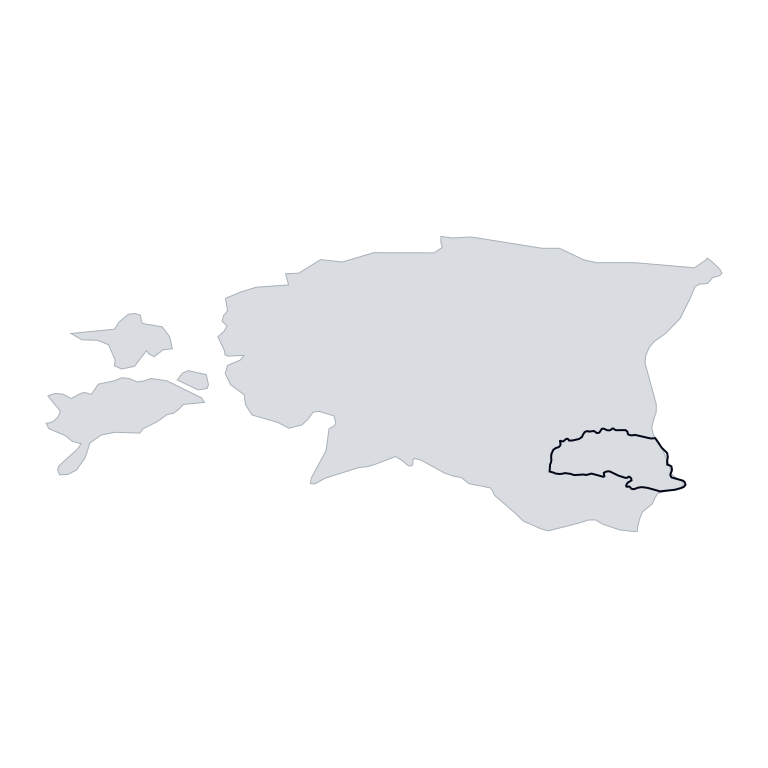 Põlva on a map of Estonia (Robinson projection)
{"feature_id": "EST-2347", "entity_name": "Põlva", "entity_type": "County", "adm_level": 1, "iso_a3": "EST", "parent_name": "Estonia", "parent_adm1": "", "projection": "robinson", "projection_center": [27.097, 58.038], "detail": "fine", "context": "in_parent", "style": "outline", "palette": "ink", "viewbox_px": 768, "rotation_deg": 0, "n_neighbors": 0, "source": "natural_earth", "source_scale": "10m", "svg_char_len": 4064}
<svg xmlns="http://www.w3.org/2000/svg" viewBox="0 0 768 768"><path d="M637.3,531.2L634.5,531.6L619.4,529.8L602.8,524.2L595.5,519.9L588.4,520.0L579.7,522.8L548.6,530.8L541.0,528.9L523.3,521.0L514.3,512.4L494.5,495.3L492.9,491.2L490.3,487.9L469.0,483.7L461.2,477.4L454.7,476.5L445.1,473.3L420.4,459.8L414.2,458.5L412.7,460.8L413.0,464.0L411.5,465.9L408.3,465.8L402.6,460.8L395.7,456.5L374.1,464.7L366.3,466.9L359.4,467.4L325.1,478.2L314.6,484.0L310.3,483.4L311.4,477.9L326.1,450.5L329.0,428.8L334.3,425.8L335.8,422.8L333.8,415.8L319.1,411.4L313.2,412.1L307.7,419.5L302.0,424.9L289.0,428.2L277.9,422.5L251.9,414.9L245.6,404.8L244.2,394.7L230.7,384.9L225.2,373.3L227.7,365.3L240.3,360.0L244.0,355.4L228.2,356.1L225.1,355.0L224.5,350.9L217.9,336.7L224.2,331.2L227.0,325.8L222.1,321.2L223.5,315.9L227.6,310.6L225.5,298.3L241.2,291.8L256.5,287.2L288.6,284.9L285.6,273.7L298.6,273.2L320.7,259.6L342.3,262.0L373.7,252.7L433.9,252.9L442.2,247.5L440.8,242.1L441.0,236.4L452.3,238.0L471.3,237.0L542.1,248.3L559.5,248.3L583.6,259.8L596.7,262.7L635.1,262.7L694.4,267.8L705.9,260.0L707.1,258.0L712.8,262.4L720.0,269.4L721.9,273.4L719.5,275.7L712.4,277.7L710.8,279.9L707.6,283.5L699.3,284.2L695.0,286.9L689.9,298.7L680.2,318.4L665.8,333.3L654.2,341.5L649.0,347.8L645.8,355.4L645.0,362.9L656.3,404.5L656.2,412.0L653.6,419.8L651.7,427.6L653.3,434.4L660.7,446.0L668.7,463.4L671.9,474.5L677.1,478.5L682.2,481.5L683.2,483.4L683.1,485.3L680.5,487.5L657.8,493.3L654.8,498.3L652.4,503.7L642.4,511.9L639.4,519.4L637.5,528.1L637.3,531.2ZM129.5,378.6L137.0,381.9L144.0,380.9L151.2,378.5L166.6,380.7L201.4,397.8L204.5,402.4L183.4,404.4L178.5,409.7L173.3,413.3L167.3,414.5L156.9,421.8L142.9,428.9L139.9,433.1L115.0,432.3L101.3,435.0L90.0,442.9L85.0,458.1L76.5,470.0L68.2,474.3L59.6,474.9L57.7,470.4L58.7,466.0L77.3,449.2L81.2,443.8L72.3,441.3L65.0,435.5L48.9,428.7L46.1,423.2L50.0,422.8L53.7,421.2L58.2,416.6L60.4,411.3L47.9,395.9L54.7,393.5L62.9,394.1L71.3,398.5L80.9,393.3L84.9,392.5L91.3,394.4L98.3,384.2L114.1,380.8L122.0,377.7L129.5,378.6ZM163.1,349.8L154.2,356.7L149.0,354.0L146.4,350.7L134.6,366.3L121.7,369.0L114.4,365.9L115.2,360.0L108.5,344.7L97.5,340.3L82.0,339.8L70.9,333.5L114.5,329.2L119.2,322.0L128.2,314.3L134.9,313.5L140.5,315.3L141.4,321.2L142.7,323.5L162.3,326.9L169.7,336.9L172.3,348.8L163.1,349.8ZM207.1,388.5L198.1,389.9L177.3,380.0L182.3,373.2L188.4,370.6L206.3,374.7L208.5,384.9L207.1,388.5Z" fill="#d9dde1" stroke="#a8b0b8" stroke-width="1"/><path d="M655.2,438.2L657.4,441.3L661.7,447.7L667.1,453.0L667.8,457.1L667.1,460.7L667.3,464.7L669.4,465.3L671.4,466.4L672.0,469.8L671.5,471.6L670.8,473.1L670.3,474.8L671.0,476.7L671.8,477.5L682.8,480.6L684.6,482.0L685.5,484.7L684.2,486.6L681.6,487.9L674.9,489.8L659.3,491.4L659.2,491.4L658.2,490.8L647.7,487.9L641.8,487.1L638.0,487.7L633.9,489.2L631.4,488.8L629.8,486.9L629.1,486.5L628.2,486.6L627.3,486.8L626.5,486.6L626.1,485.8L626.8,484.0L627.8,482.6L631.5,480.4L631.2,478.4L629.5,476.8L628.8,476.7L628.0,477.1L627.6,477.5L626.9,477.9L625.8,477.9L624.2,477.5L618.1,475.5L611.2,472.1L609.5,471.3L608.5,471.3L607.3,471.4L605.4,471.9L603.8,472.9L604.3,476.3L603.4,476.8L591.5,473.6L588.5,474.4L585.9,475.0L583.6,474.5L574.1,475.1L570.7,473.9L565.0,473.1L562.5,473.7L559.8,474.0L556.6,473.7L554.9,473.3L553.8,472.7L549.6,471.5L550.1,464.3L551.0,462.5L551.4,460.0L551.1,457.3L551.3,455.8L551.2,454.7L552.4,451.7L553.1,450.2L553.5,449.7L555.6,448.1L558.7,447.1L559.4,446.5L560.3,445.3L560.5,444.1L560.3,442.8L560.1,441.7L560.1,440.9L560.6,440.8L562.2,441.4L563.3,441.3L564.3,440.5L565.6,439.3L566.8,438.8L567.7,438.8L568.8,439.9L569.1,440.5L572.3,440.5L579.0,439.0L582.0,436.9L583.0,434.6L584.6,432.2L585.9,431.5L587.0,431.2L588.3,431.3L589.0,431.6L593.9,431.0L596.8,433.0L598.9,432.8L599.3,432.5L599.9,431.8L601.6,429.1L602.9,428.6L604.0,428.8L607.1,430.2L609.2,430.4L610.6,430.0L612.2,428.6L613.1,428.5L613.5,428.6L614.3,429.4L616.0,430.2L625.5,430.1L627.4,431.6L627.9,434.1L628.8,434.7L630.0,435.1L631.1,435.3L632.3,435.3L633.3,435.2L635.0,434.9L650.8,438.5L655.2,438.2Z" fill="none" stroke="#020617" stroke-width="2"/></svg>